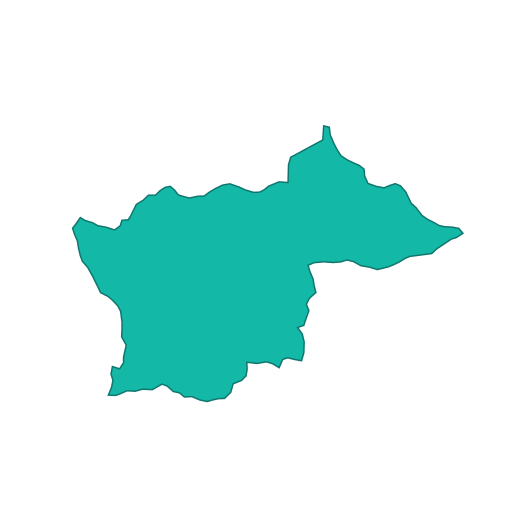 Pratânia, São Paulo, Brazil, rotated 333°
{"feature_id": "56859067B76551238300478", "entity_name": "Pratânia", "entity_type": "district", "adm_level": 2, "iso_a3": "BRA", "parent_name": "Brazil", "parent_adm1": "São Paulo", "projection": "natural_earth1", "projection_center": [-48.692, -22.816], "detail": "fine", "context": "isolated", "style": "filled", "palette": "teal", "viewbox_px": 512, "rotation_deg": 333, "n_neighbors": 0, "source": "geoboundaries", "source_scale": "gbopen_adm2", "svg_char_len": 2097}
<svg xmlns="http://www.w3.org/2000/svg" viewBox="0 0 512 512"><g transform="rotate(333 256 256)"><path d="M450.7,329.7L449.2,323.4L443.8,319.3L437.3,315.5L433.2,312.2L429.1,306.1L425.4,301.1L422.3,295.2L420.5,285.4L418.2,279.5L418.5,267.0L416.6,259.1L412.9,254.8L406.6,253.8L401.1,253.4L394.9,248.7L388.7,242.2L389.1,234.1L391.7,227.7L389.1,222.1L385.5,217.8L380.8,211.6L377.2,205.1L376.5,197.7L376.5,190.6L377.2,181.4L379.8,174.5L375.4,170.8L368.2,182.9L331.7,183.8L326.5,189.3L323.6,194.6L317.9,205.1L310.2,200.4L298.8,199.5L293.5,200.7L288.1,200.7L282.7,198.2L276.3,192.1L272.2,186.8L265.4,179.8L258.1,177.6L250.6,177.5L243.6,177.9L236.9,179.1L231.5,176.4L222.9,174.1L218.8,170.4L214.6,166.4L213.3,160.3L211.2,155.0L206.2,153.6L200.3,154.2L194.1,156.2L187.7,153.0L180.9,155.1L172.8,155.7L168.0,159.3L162.9,163.1L158.6,165.8L152.8,163.3L148.8,167.4L141.9,168.6L135.4,162.2L128.8,157.2L125.5,152.2L119.8,146.7L116.9,142.0L110.5,145.5L105.2,148.0L104.2,154.0L103.7,161.5L101.4,168.6L99.6,176.1L98.9,181.8L100.9,189.9L101.2,199.3L101.1,211.8L100.9,218.1L105.8,224.8L108.0,230.1L110.2,237.6L110.3,243.7L106.6,254.2L102.9,261.3L99.6,267.0L99.9,276.5L95.7,281.6L92.1,286.0L89.5,291.0L83.2,294.6L77.9,289.3L73.2,295.4L72.1,301.9L67.5,307.6L61.3,312.9L67.8,316.6L74.0,317.2L79.9,317.5L86.9,321.6L94.5,323.2L103.0,328.0L114.1,327.5L117.8,331.5L120.8,339.2L125.7,343.2L128.2,349.1L135.1,352.2L140.5,358.7L146.4,363.5L151.7,364.5L157.6,366.0L163.3,368.6L171.6,366.0L177.6,359.5L186.7,360.3L192.6,358.3L196.5,353.2L199.6,346.5L208.1,352.2L217.2,355.0L221.9,359.5L225.9,366.0L232.8,360.3L238.1,361.1L243.4,365.7L249.0,370.0L254.7,363.9L259.9,354.4L261.8,346.5L260.6,338.6L267.1,339.5L273.4,333.3L278.3,328.7L279.0,321.8L284.5,317.9L292.8,315.7L294.5,308.2L296.4,302.5L297.0,294.0L298.2,287.9L304.7,288.3L313.7,291.9L321.8,296.8L328.8,299.7L335.3,300.9L340.3,305.2L345.1,312.3L352.1,317.5L358.0,323.2L369.2,325.8L374.2,326.2L380.6,326.4L387.6,325.8L393.0,326.2L402.4,329.6L413.7,333.6L420.2,331.7L428.0,330.8L437.8,329.6L442.8,330.5L450.7,329.7Z" fill="#14b8a6" stroke="#0f766e" stroke-width="1.5"/></g></svg>